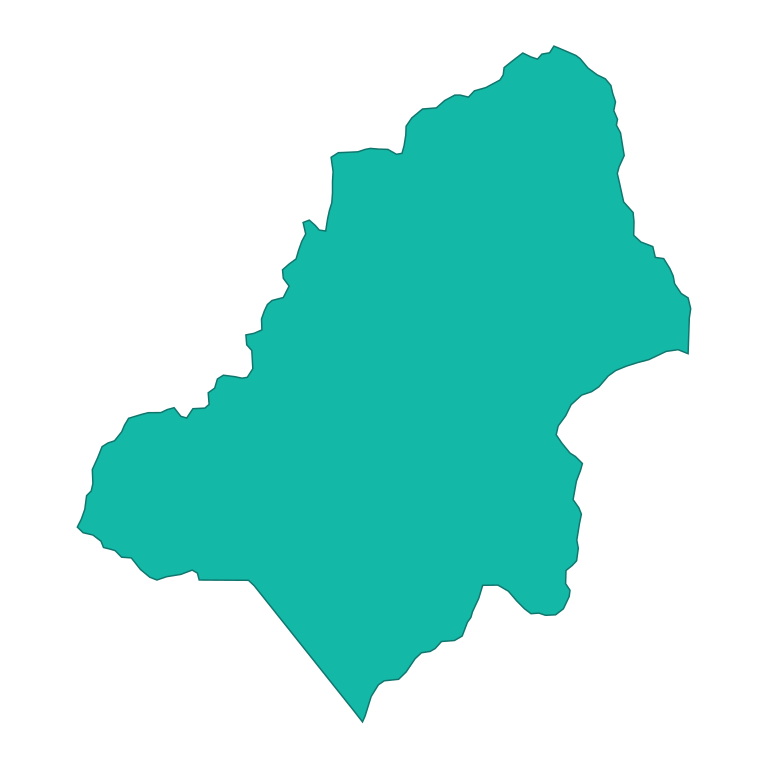 the district of Urutaí, Goiás, Brazil
{"feature_id": "56859067B7648793924799", "entity_name": "Urutaí", "entity_type": "district", "adm_level": 2, "iso_a3": "BRA", "parent_name": "Brazil", "parent_adm1": "Goiás", "projection": "robinson", "projection_center": [-48.198, -17.435], "detail": "fine", "context": "isolated", "style": "filled", "palette": "teal", "viewbox_px": 768, "rotation_deg": 0, "n_neighbors": 0, "source": "geoboundaries", "source_scale": "gbopen_adm2", "svg_char_len": 2594}
<svg xmlns="http://www.w3.org/2000/svg" viewBox="0 0 768 768"><path d="M553.9,46.1L549.6,52.8L541.9,54.1L537.5,59.1L531.1,57.0L522.8,53.0L511.3,61.8L504.1,67.6L503.2,74.9L500.0,80.0L485.8,87.6L474.4,90.8L468.5,97.1L460.2,95.1L454.8,95.1L444.7,100.5L436.3,107.9L422.5,109.0L411.8,117.9L406.1,126.2L405.8,134.9L404.1,145.7L402.0,153.3L396.5,154.3L387.9,149.4L378.4,149.1L370.4,148.4L365.2,149.4L357.9,151.8L347.6,152.3L338.3,152.7L331.1,157.3L333.1,171.6L332.5,181.4L332.5,193.0L331.8,202.7L329.4,210.5L327.6,218.8L325.7,231.0L319.3,230.1L315.3,225.5L309.3,220.1L303.1,222.5L305.7,234.0L301.8,241.3L298.5,250.6L296.1,258.9L289.4,263.8L282.5,269.8L283.3,278.3L289.1,286.1L283.3,297.5L272.0,300.5L267.4,304.5L264.3,311.1L261.5,319.0L261.9,329.9L253.8,333.4L245.9,334.9L246.7,344.8L251.8,350.5L252.8,368.7L247.3,377.3L242.1,378.2L235.0,376.7L223.4,375.2L217.4,379.0L214.7,388.1L208.2,392.8L209.1,404.4L204.9,408.1L192.9,408.7L186.7,418.0L180.8,416.3L174.1,407.7L167.2,409.6L160.9,412.6L148.2,412.7L141.9,414.3L128.6,418.3L124.5,425.2L121.7,431.8L114.5,440.8L107.9,443.0L102.1,446.6L97.7,457.7L92.3,469.6L92.9,483.5L91.2,491.0L86.6,495.6L84.8,509.3L81.3,519.2L77.3,527.1L83.1,532.7L92.9,535.0L101.0,541.2L103.5,547.5L109.6,549.0L115.1,550.6L121.6,557.2L131.3,557.9L140.5,569.5L149.9,577.3L156.9,580.0L166.6,576.7L180.8,574.4L192.2,570.1L197.4,573.1L199.2,580.0L248.5,580.3L254.2,585.7L354.8,712.0L362.5,721.9L365.1,716.0L371.2,696.4L378.4,684.8L384.2,680.8L398.6,679.3L406.1,672.0L415.0,658.8L421.4,652.8L430.2,651.4L435.2,648.5L441.5,641.5L454.5,640.5L462.2,636.0L467.4,622.3L470.9,617.4L472.5,611.7L478.7,598.5L482.7,585.3L497.9,585.1L508.4,591.2L516.7,600.9L524.5,608.8L531.0,613.7L538.9,613.1L545.5,615.3L555.6,614.8L563.4,608.8L569.2,596.5L570.0,590.3L565.6,583.6L566.0,570.5L572.2,565.5L576.6,560.8L578.3,548.3L576.8,540.1L579.5,523.4L581.4,514.2L578.9,507.9L573.1,499.6L576.4,481.2L580.7,469.8L582.4,463.5L575.5,456.6L570.0,453.1L561.9,443.2L556.2,434.8L558.2,425.9L565.7,415.7L571.1,404.7L575.2,401.0L581.6,395.1L591.6,391.7L598.9,386.8L608.3,375.9L615.6,370.6L625.9,366.3L637.2,362.7L648.9,359.6L666.2,351.4L678.1,349.7L688.1,353.7L689.3,318.1L690.7,308.7L688.1,297.9L681.2,293.5L674.6,283.7L673.2,276.0L670.0,268.8L663.7,258.6L655.3,257.4L652.8,246.6L640.9,242.0L633.7,235.3L634.0,221.7L633.1,212.5L623.7,202.0L621.6,192.6L619.6,183.5L617.3,173.5L619.1,166.8L624.2,155.6L620.5,132.8L616.4,125.2L617.5,119.3L613.8,110.6L615.5,101.8L612.7,93.4L610.9,85.5L605.4,78.9L596.9,74.7L587.9,68.0L580.2,58.7L575.8,55.4L558.8,48.1L553.9,46.1Z" fill="#14b8a6" stroke="#0f766e" stroke-width="1.5"/></svg>